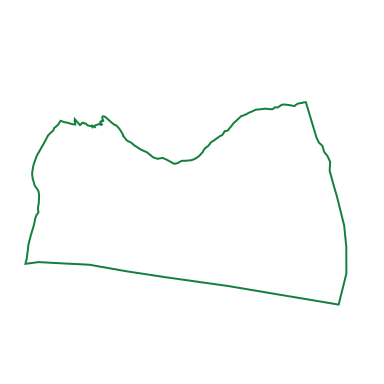 Ataqa, As Suways, Egypt, rotated 275°
{"feature_id": "37247803B89602955599025", "entity_name": "Ataqa", "entity_type": "district", "adm_level": 2, "iso_a3": "EGY", "parent_name": "Egypt", "parent_adm1": "As Suways", "projection": "robinson", "projection_center": [32.387, 29.537], "detail": "fine", "context": "isolated", "style": "outline", "palette": "green", "viewbox_px": 384, "rotation_deg": 275, "n_neighbors": 0, "source": "geoboundaries", "source_scale": "gbopen_adm2", "svg_char_len": 3730}
<svg xmlns="http://www.w3.org/2000/svg" viewBox="0 0 384 384"><g transform="rotate(275 192 192)"><path d="M254.3,68.9L252.5,68.9L250.0,69.7L249.0,69.8L249.2,66.0L249.5,65.2L250.2,61.7L250.4,58.8L251.5,55.0L250.0,54.0L247.5,52.9L245.5,51.0L243.8,49.2L241.0,48.3L238.5,45.9L235.8,43.7L231.1,41.7L227.3,40.1L224.4,38.7L220.4,36.9L216.3,35.0L213.2,33.8L209.3,32.8L204.8,31.7L200.5,31.3L196.3,31.1L191.1,32.2L188.9,33.2L186.9,33.9L184.7,34.7L182.9,36.3L180.9,38.0L179.0,39.1L175.8,39.9L172.1,40.2L167.1,40.3L162.5,39.9L158.3,40.8L155.1,38.9L150.9,38.0L146.0,37.5L140.9,36.5L135.2,35.3L131.3,34.6L128.2,34.1L124.4,33.6L119.7,33.5L115.1,33.3L111.1,33.2L107.7,32.5L105.9,32.4L106.4,34.5L108.8,45.3L109.6,69.2L110.1,82.2L110.6,95.9L110.6,96.0L108.7,117.7L108.3,122.7L108.1,124.8L107.9,126.9L107.2,135.4L104.8,172.6L102.9,208.9L101.5,235.8L97.5,285.9L92.6,347.9L124.2,352.9L150.7,350.5L171.9,346.5L199.5,337.0L213.0,331.8L225.1,327.3L233.4,327.0L234.2,326.9L236.3,325.7L239.7,323.8L241.8,321.8L243.3,320.3L249.4,317.8L252.3,314.1L257.2,311.2L291.4,297.6L290.9,295.0L290.5,294.5L289.9,291.8L289.0,289.3L288.4,288.6L287.6,287.5L286.9,287.1L286.6,286.3L286.6,285.3L286.7,284.6L286.9,283.4L287.1,279.6L287.2,277.2L287.0,274.6L286.1,273.0L285.6,272.5L284.8,271.3L283.7,270.1L283.6,268.7L283.6,267.2L282.5,266.1L281.7,265.4L281.3,263.0L281.3,261.5L281.4,260.1L281.4,259.6L281.4,257.7L280.6,254.1L280.0,250.9L279.5,248.3L278.6,246.7L277.5,244.9L276.1,242.1L274.8,240.1L274.1,239.4L273.5,237.7L272.6,236.4L271.9,234.4L268.4,231.3L266.8,229.9L264.8,227.9L261.0,225.4L258.0,223.2L256.8,222.8L255.5,220.2L255.6,219.5L255.1,219.1L254.2,218.7L252.2,217.7L251.9,217.5L251.2,217.0L250.8,216.2L250.3,215.3L249.6,214.3L249.2,213.9L248.3,212.9L246.5,210.7L245.3,209.5L244.3,208.0L243.9,207.4L243.6,207.1L242.7,206.2L241.0,205.3L239.1,203.9L236.6,201.1L234.4,199.8L233.0,199.4L228.6,196.1L226.5,193.7L225.4,192.2L224.5,190.6L223.9,189.2L223.6,188.5L223.6,188.4L223.2,186.5L223.0,185.4L223.0,185.0L222.9,184.5L222.8,184.3L222.7,183.7L222.5,182.7L222.5,182.3L222.4,182.2L222.4,181.9L222.3,180.6L222.2,179.8L222.2,179.2L221.8,178.5L221.7,178.4L221.5,178.1L221.0,177.2L220.9,177.0L220.8,176.9L220.5,176.5L220.4,176.4L220.2,176.2L219.8,175.7L219.7,175.5L219.5,174.9L219.3,174.4L219.1,174.0L219.1,173.8L218.9,173.2L218.5,171.9L219.1,170.5L219.3,169.9L219.9,168.7L220.0,168.5L220.1,168.2L220.7,166.8L220.9,166.3L221.4,165.3L221.9,164.2L222.1,163.5L222.3,163.0L222.6,162.1L222.7,161.8L222.9,161.2L223.1,160.7L223.4,159.8L223.3,159.2L222.8,157.5L222.1,155.0L222.1,154.8L222.8,151.7L223.1,150.4L223.9,149.2L224.6,148.2L226.3,145.6L227.4,144.1L227.7,143.4L227.8,143.1L228.1,142.2L228.6,140.7L229.3,138.9L229.6,137.8L229.8,137.5L229.9,137.3L230.3,136.4L231.2,134.8L231.9,133.3L232.1,133.0L232.3,132.7L232.4,132.4L232.7,131.9L233.2,131.0L233.2,130.9L233.3,130.7L233.5,130.3L233.7,129.9L233.9,129.8L234.1,129.6L234.4,129.3L234.4,129.2L234.6,128.9L234.7,128.7L235.3,127.8L235.8,127.1L236.0,126.7L236.3,126.0L236.9,124.5L237.4,123.2L237.5,123.0L237.6,122.8L238.0,122.3L238.0,122.2L238.5,121.8L238.7,121.6L239.3,121.1L239.8,120.6L240.3,120.1L240.6,119.8L240.8,119.6L241.0,119.4L241.5,118.9L241.7,118.6L241.9,118.5L242.0,118.3L242.7,118.5L247.0,115.5L249.6,113.2L252.1,110.2L252.1,109.0L253.9,106.2L257.8,101.0L259.4,98.8L259.5,97.9L259.7,96.9L259.5,96.4L258.6,96.1L257.4,96.3L255.1,97.4L254.7,96.7L255.2,96.2L254.8,95.7L254.3,94.9L253.5,94.4L252.6,95.2L251.4,96.3L250.9,95.8L251.1,95.0L251.5,94.3L251.5,94.0L251.5,93.5L251.0,92.2L250.0,89.9L249.2,89.0L248.4,89.4L248.6,88.6L249.4,87.0L248.2,87.0L248.6,86.5L249.3,82.3L251.0,80.1L250.9,78.4L251.5,77.7L251.2,76.4L250.8,76.2L250.3,75.9L248.9,74.6L250.1,73.3L254.3,68.9Z" fill="none" stroke="#15803d" stroke-width="2"/></g></svg>